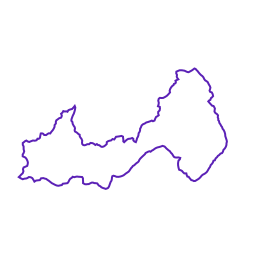 Santa Bárbara, Minas Gerais, Brazil, rotated 192°
{"feature_id": "56859067B69434918593037", "entity_name": "Santa Bárbara", "entity_type": "district", "adm_level": 2, "iso_a3": "BRA", "parent_name": "Brazil", "parent_adm1": "Minas Gerais", "projection": "mercator", "projection_center": [-43.456, -20.054], "detail": "fine", "context": "isolated", "style": "outline", "palette": "violet", "viewbox_px": 256, "rotation_deg": 192, "n_neighbors": 0, "source": "geoboundaries", "source_scale": "gbopen_adm2", "svg_char_len": 5100}
<svg xmlns="http://www.w3.org/2000/svg" viewBox="0 0 256 256"><g transform="rotate(192 128 128)"><path d="M196.4,128.0L195.4,126.6L195.3,125.3L195.7,124.1L197.3,123.3L198.6,121.8L199.7,120.6L199.9,119.1L199.5,117.4L200.4,115.6L200.1,113.8L200.5,112.0L201.1,110.3L202.3,108.1L202.9,106.5L204.3,106.4L205.3,105.6L206.6,104.1L208.5,103.7L209.7,104.7L211.0,104.9L212.2,104.5L212.2,102.7L212.1,100.1L213.1,98.8L214.3,98.7L214.9,97.0L216.5,96.2L218.4,96.0L220.3,94.8L221.7,93.8L223.4,94.0L224.8,94.6L225.9,93.8L226.8,92.6L227.8,91.5L227.4,89.6L226.3,88.3L226.0,87.0L225.6,85.3L224.7,83.7L224.9,81.8L225.5,80.2L225.1,78.4L222.3,77.8L221.0,76.8L219.7,75.2L218.8,73.6L218.6,72.1L218.7,70.0L220.2,68.9L221.9,67.7L222.2,65.9L221.3,64.0L221.6,61.8L222.8,60.2L223.7,58.6L224.6,57.3L222.5,56.5L220.3,56.0L218.8,56.9L217.2,57.4L216.0,58.1L214.8,59.4L212.9,59.6L211.2,59.1L209.6,57.5L208.4,56.1L207.0,57.5L205.2,58.1L203.4,58.7L202.6,60.7L200.4,61.4L198.7,61.2L197.4,61.2L196.0,60.5L194.6,60.0L193.4,59.4L192.2,58.8L191.0,58.2L189.8,57.9L188.4,57.5L186.9,57.1L185.3,56.9L183.8,57.1L182.2,57.9L180.9,58.4L180.2,59.9L178.5,60.5L177.0,61.0L175.7,61.5L175.0,63.0L174.5,65.1L173.9,66.4L172.7,67.5L172.0,68.8L170.4,68.7L169.0,69.4L167.8,69.9L166.4,70.0L164.4,70.3L162.6,70.5L161.6,69.4L161.3,68.0L160.9,66.7L160.5,64.7L158.6,64.1L157.3,64.2L156.2,64.6L154.7,65.0L153.5,66.0L152.2,67.0L150.9,67.3L149.5,67.1L148.2,67.3L146.5,67.4L144.7,65.7L142.8,65.2L141.8,64.5L140.0,64.1L138.5,64.0L137.2,63.8L136.1,64.4L135.0,65.3L134.4,66.9L134.1,69.3L133.8,71.5L133.2,73.1L133.2,74.8L133.4,76.2L133.3,77.6L132.3,78.3L130.8,78.2L129.1,77.9L127.3,78.2L125.7,78.8L124.2,79.6L122.5,80.8L121.5,82.0L120.5,83.2L119.4,84.3L118.2,85.6L117.4,87.4L116.7,89.3L115.9,90.5L115.4,91.8L114.1,92.9L113.2,94.3L112.3,95.5L111.3,96.5L110.6,97.6L110.3,99.1L109.7,100.5L109.0,101.6L108.2,102.8L107.0,104.5L106.0,105.9L105.6,107.2L104.6,108.0L103.4,109.0L102.2,109.7L101.0,109.5L100.1,110.7L98.8,111.8L97.5,113.3L96.4,114.3L95.2,115.1L93.7,115.8L92.2,116.6L90.5,117.7L88.4,117.5L87.3,116.8L86.1,115.9L84.9,115.3L83.9,114.7L82.2,114.0L80.9,112.7L79.7,112.0L78.4,110.7L77.2,109.4L75.9,109.0L74.3,109.2L72.6,109.7L70.7,109.6L70.8,108.1L71.8,106.7L71.8,105.3L71.7,103.8L71.2,101.8L70.3,99.6L69.3,97.8L67.5,97.6L66.2,97.2L65.0,96.2L63.5,95.3L61.5,95.7L60.7,94.0L59.8,92.8L58.5,92.9L57.6,92.0L56.5,91.2L55.3,90.2L54.0,90.2L52.6,89.8L51.2,90.2L50.1,91.3L49.1,92.2L48.1,93.2L47.0,94.8L46.0,96.8L45.0,98.0L43.5,99.2L41.9,101.1L41.2,102.8L40.8,104.1L40.3,105.6L39.7,106.8L39.4,108.9L38.5,110.3L37.8,111.9L37.6,113.8L36.3,114.5L36.0,116.4L34.8,118.1L34.3,119.4L33.2,120.5L32.2,122.2L30.8,123.0L30.2,124.6L30.1,126.4L29.0,128.2L28.4,130.0L28.2,131.8L28.5,133.7L28.4,135.1L28.9,136.4L29.8,138.0L31.1,140.2L31.8,142.5L32.9,144.5L34.1,146.0L35.3,146.9L36.2,148.5L37.3,149.4L38.3,150.7L39.7,152.0L40.4,153.7L41.4,154.5L41.6,155.9L42.4,157.0L42.6,159.1L44.0,160.2L45.6,160.8L46.8,162.0L47.0,163.6L47.0,165.0L47.8,166.1L48.9,167.3L50.4,167.3L51.8,168.3L53.2,169.3L55.0,170.7L54.3,171.9L53.3,172.6L53.1,174.4L52.3,175.3L51.4,176.9L52.2,178.7L53.4,180.2L55.3,180.5L56.0,181.6L55.8,183.2L55.8,184.7L56.7,186.1L57.8,187.2L58.6,188.2L59.6,189.5L60.9,190.1L62.5,190.7L63.7,191.8L64.7,193.2L66.1,194.3L67.3,194.8L68.6,195.6L69.7,196.4L70.8,197.3L71.8,198.2L73.0,198.9L74.1,199.8L75.4,200.0L76.5,198.7L77.6,197.5L79.0,196.3L80.3,195.2L81.5,195.1L83.0,195.4L84.6,195.8L87.0,195.7L89.5,195.2L91.0,194.2L92.4,193.2L92.2,191.5L91.1,190.1L91.0,188.3L90.2,187.2L88.9,186.1L90.4,185.0L91.4,184.1L90.7,182.9L90.9,181.6L92.2,180.7L92.4,179.4L93.3,178.5L94.3,176.7L94.9,174.7L95.0,173.0L94.3,171.6L95.1,170.1L95.8,168.9L96.8,167.4L98.5,165.8L99.9,164.7L101.5,164.3L103.1,164.1L104.0,163.0L104.1,161.0L103.1,159.0L103.0,157.5L103.2,155.5L101.3,155.3L100.8,153.8L100.7,151.8L101.8,150.1L101.5,148.4L100.6,146.9L101.7,145.6L102.8,144.7L103.3,142.9L103.6,140.8L105.0,139.8L106.2,140.2L107.7,139.2L109.7,138.0L111.3,137.2L112.5,135.9L114.1,134.8L115.2,133.3L115.5,131.4L116.0,129.7L115.7,128.3L115.8,126.8L116.5,125.1L116.3,122.9L116.5,121.5L117.0,119.9L117.1,117.7L117.4,115.8L118.9,116.1L120.2,117.0L120.6,118.6L121.8,119.1L123.4,118.1L125.5,117.4L126.8,116.2L127.7,114.9L128.8,113.3L129.8,113.9L130.1,115.6L130.7,117.2L131.1,118.5L132.7,118.9L134.6,118.1L136.2,117.5L137.9,116.9L138.4,115.5L139.1,113.9L140.8,114.0L142.0,112.3L143.7,111.6L144.9,110.8L145.8,109.8L145.5,107.8L146.8,106.0L148.0,104.8L149.5,104.1L150.8,104.3L152.4,105.2L153.8,105.1L155.1,105.8L156.4,104.6L158.0,105.4L159.5,105.8L161.6,105.6L162.6,104.1L164.5,103.7L165.7,102.7L166.8,102.1L168.2,102.0L169.5,102.9L170.0,104.4L170.1,106.0L171.3,107.8L172.6,108.8L173.5,109.9L173.9,111.4L175.3,111.8L176.5,112.6L177.7,113.1L179.2,113.6L179.8,114.9L179.7,116.3L180.3,117.7L181.6,118.9L183.0,120.6L183.6,122.3L184.9,123.3L185.1,124.8L184.9,126.4L184.7,127.9L184.4,129.3L184.0,130.7L183.8,132.5L183.7,134.0L183.7,135.3L183.8,137.1L184.7,138.5L185.6,136.7L186.6,135.0L187.8,134.4L188.9,133.8L190.0,133.0L190.6,131.3L191.9,131.5L193.1,131.0L194.8,131.1L195.3,129.4L196.4,128.0Z" fill="none" stroke="#5b21b6" stroke-width="2"/></g></svg>